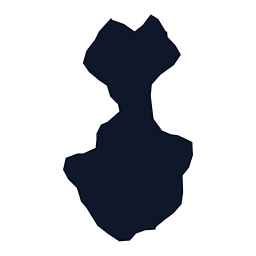 Tomelilla, Skåne, Sweden (Albers equal-area conic projection)
{"feature_id": "70781695B70463852837114", "entity_name": "Tomelilla", "entity_type": "district", "adm_level": 2, "iso_a3": "SWE", "parent_name": "Sweden", "parent_adm1": "Skåne", "projection": "albers", "projection_center": [14.031, 55.651], "detail": "fine", "context": "isolated", "style": "filled", "palette": "ink", "viewbox_px": 256, "rotation_deg": 0, "n_neighbors": 0, "source": "geoboundaries", "source_scale": "gbopen_adm2", "svg_char_len": 830}
<svg xmlns="http://www.w3.org/2000/svg" viewBox="0 0 256 256"><path d="M111.0,19.3L99.9,31.5L98.8,33.6L95.6,40.0L87.1,51.1L83.7,63.0L89.6,71.5L99.8,80.0L107.5,85.1L110.9,96.2L118.6,103.9L120.3,111.6L107.5,122.7L101.5,125.2L97.2,133.7L97.2,139.7L96.3,148.3L83.5,154.2L77.5,154.2L66.4,158.4L63.9,169.3L63.8,169.6L68.9,179.0L77.5,187.5L81.7,201.2L86.9,207.2L98.0,225.2L109.1,233.8L119.4,240.6L129.6,239.8L135.6,232.9L145.1,229.5L154.7,228.9L155.6,226.3L164.4,219.1L173.1,212.6L180.8,203.8L182.4,192.3L181.8,175.3L188.4,167.1L192.2,155.1L191.6,142.5L177.9,136.0L170.3,134.9L161.5,131.1L152.8,119.1L150.0,95.6L151.1,84.2L159.8,74.3L173.4,64.5L180.0,54.7L175.0,46.0L166.9,37.3L166.4,32.3L165.4,32.3L157.7,19.6L150.9,15.4L143.2,25.6L134.7,32.4L123.7,24.7L111.8,20.5L111.0,19.3Z" fill="#0f172a" stroke="#020617" stroke-width="1.5"/></svg>